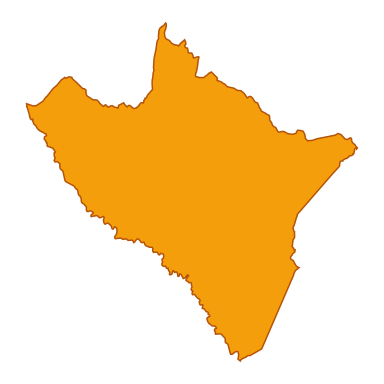 Mwenezi, Masvingo, Zimbabwe (Equal Earth projection)
{"feature_id": "62879985B12430304395671", "entity_name": "Mwenezi", "entity_type": "district", "adm_level": 2, "iso_a3": "ZWE", "parent_name": "Zimbabwe", "parent_adm1": "Masvingo", "projection": "equal_earth", "projection_center": [30.689, -21.398], "detail": "fine", "context": "isolated", "style": "filled", "palette": "amber", "viewbox_px": 384, "rotation_deg": 0, "n_neighbors": 0, "source": "geoboundaries", "source_scale": "gbopen_adm2", "svg_char_len": 5899}
<svg xmlns="http://www.w3.org/2000/svg" viewBox="0 0 384 384"><path d="M240.3,361.0L241.0,359.6L243.0,358.4L245.9,357.1L248.0,355.6L250.0,355.6L261.7,348.9L293.5,275.3L293.9,273.6L295.4,270.6L299.0,267.6L297.5,267.0L296.2,265.9L293.8,261.8L293.5,260.8L290.6,258.9L290.5,257.9L290.8,256.5L291.9,255.5L292.4,254.0L294.5,252.4L295.1,251.2L294.7,250.5L295.0,249.7L294.0,249.7L293.8,248.6L292.2,246.5L293.1,239.7L294.1,238.4L294.7,237.0L294.4,235.4L294.7,234.8L294.4,234.1L294.6,231.9L293.7,230.7L293.0,227.8L294.2,225.1L296.5,217.4L297.2,215.9L297.3,214.4L332.9,173.4L338.9,166.9L339.6,165.7L339.8,162.8L340.5,161.2L342.8,161.0L343.4,159.9L345.3,158.7L347.1,158.3L348.1,157.2L348.7,157.1L349.5,155.8L351.4,155.6L353.1,154.6L352.9,153.9L353.8,153.5L354.6,150.6L354.4,149.7L355.0,148.5L356.1,148.1L356.4,148.8L356.6,148.3L356.9,148.6L357.4,147.8L355.8,146.5L355.4,145.4L354.7,144.4L353.7,143.8L352.6,142.7L351.9,141.4L351.5,140.0L351.6,139.0L351.1,138.1L350.2,137.8L347.6,139.4L345.4,139.3L341.0,134.6L338.0,133.5L335.1,135.2L316.8,138.8L312.7,140.3L307.6,140.8L305.5,138.5L304.7,134.1L303.1,131.2L300.1,130.4L297.5,130.3L295.9,133.4L292.3,134.3L287.6,133.6L286.6,132.9L283.8,131.5L282.2,131.4L279.3,132.1L277.8,131.6L276.1,128.1L275.2,127.2L273.7,126.6L272.6,125.4L271.6,122.7L269.7,120.0L269.6,116.5L269.3,115.7L268.8,115.1L267.1,114.5L265.2,113.1L261.3,111.1L260.7,109.4L259.5,107.7L257.9,103.6L257.2,102.7L255.8,102.4L254.8,101.7L252.7,98.3L251.2,96.8L250.2,96.4L249.4,96.5L247.2,97.9L244.1,93.3L241.0,90.8L237.2,90.3L233.9,88.2L227.6,86.8L226.2,85.8L225.0,84.2L223.2,83.5L221.9,82.3L219.4,81.1L217.3,80.7L217.0,79.9L217.4,78.5L217.3,77.9L211.4,72.0L208.8,73.3L207.1,75.1L205.2,76.3L204.1,77.5L199.2,77.6L198.5,77.1L196.3,76.9L195.8,76.5L195.5,75.8L195.6,73.8L196.4,71.9L197.4,66.8L198.3,59.6L198.9,57.7L198.9,57.0L198.1,56.7L193.5,58.0L193.3,57.6L192.9,55.3L191.9,53.3L191.2,52.9L189.1,53.2L188.3,52.6L187.8,49.2L187.3,48.0L185.9,47.9L185.2,47.3L184.7,45.5L185.9,44.1L185.6,42.0L184.6,39.8L180.6,43.3L178.6,46.0L178.1,45.3L174.9,44.9L172.7,43.9L171.2,42.8L169.5,40.6L166.0,38.8L164.9,36.9L164.4,33.3L164.6,31.6L165.8,28.4L166.3,25.8L166.2,23.7L165.6,23.0L163.9,25.3L161.7,26.6L159.8,28.4L158.9,30.8L158.4,36.9L158.6,38.7L157.4,40.6L156.7,43.7L156.1,48.7L154.1,58.3L153.5,67.3L153.9,70.5L153.1,73.2L152.9,76.8L152.2,80.1L152.1,83.8L152.5,89.4L147.6,95.1L146.2,98.1L145.0,98.2L144.7,99.7L144.2,99.9L143.8,100.5L143.9,101.7L143.4,102.9L141.2,102.7L140.7,103.1L139.6,104.3L138.1,106.6L137.0,107.2L136.9,107.7L134.4,108.5L133.5,108.4L129.8,105.4L128.5,105.5L127.1,106.9L124.8,104.7L123.7,102.8L118.7,105.3L118.1,107.9L114.5,107.1L112.3,105.7L111.0,105.8L108.1,107.2L105.7,104.8L104.5,105.3L103.9,106.2L103.3,106.4L99.8,103.4L99.0,102.1L97.2,100.2L96.1,99.9L93.2,99.9L87.0,95.9L86.6,95.3L85.9,92.2L86.1,90.3L84.5,88.8L82.7,88.6L75.9,81.9L72.4,78.9L71.8,77.3L69.0,76.8L65.9,78.2L64.6,77.4L63.9,78.2L61.2,80.0L56.9,85.3L53.2,88.4L46.8,96.5L46.0,97.0L42.9,101.3L36.1,105.7L33.0,105.9L26.6,103.7L26.8,105.6L26.6,106.1L27.5,108.4L29.6,115.6L29.5,116.5L30.0,117.3L30.4,118.9L30.8,119.0L31.2,119.7L32.8,119.3L32.7,121.4L33.5,122.4L33.6,123.6L34.3,124.6L34.8,124.8L36.3,126.5L37.3,128.5L39.1,130.3L39.5,130.3L40.2,131.1L41.1,131.2L41.6,131.9L42.4,131.9L44.8,133.7L45.7,133.7L46.1,134.0L46.5,135.7L45.0,136.5L44.4,137.2L44.3,139.4L45.6,140.6L46.3,142.8L46.7,142.7L46.9,142.9L47.2,143.8L47.1,145.7L47.9,146.6L49.1,146.7L52.0,147.9L52.8,147.9L53.1,148.9L54.0,149.6L54.3,150.6L55.5,151.8L55.2,152.5L54.1,153.0L54.3,156.4L55.2,157.6L54.1,160.5L54.6,161.0L55.0,162.0L56.7,161.6L57.6,161.9L59.8,163.7L59.9,167.6L60.3,168.8L62.9,171.1L65.0,180.7L66.0,181.8L74.0,186.0L75.5,188.3L77.5,189.9L78.5,194.5L79.0,195.4L80.1,196.0L80.3,197.1L81.3,198.2L81.1,199.3L81.5,202.1L82.3,203.2L83.8,204.0L86.3,206.8L86.4,209.9L87.0,211.4L88.5,211.5L89.7,210.9L90.7,210.8L93.3,212.5L93.0,213.5L91.3,214.7L91.0,215.4L91.1,216.6L96.5,215.6L97.7,216.0L99.1,217.5L99.9,217.8L103.4,216.5L104.2,217.4L103.4,220.2L103.9,222.6L104.6,223.9L105.6,224.1L106.8,223.2L108.2,223.2L110.9,225.6L111.4,226.5L112.0,228.6L112.6,229.1L113.2,229.1L114.8,226.8L115.8,227.2L116.8,228.7L117.0,231.4L116.4,234.3L114.7,236.7L114.8,238.0L115.3,238.7L120.7,238.0L122.8,239.3L126.1,238.9L128.1,240.4L132.0,240.1L132.7,240.6L133.8,242.6L134.9,241.7L136.9,239.0L137.8,238.8L139.7,240.3L141.3,242.6L142.5,242.6L143.8,242.1L144.2,242.6L145.0,244.8L146.0,245.8L149.4,247.2L152.3,247.4L152.8,248.5L152.7,251.1L153.5,252.4L155.5,252.1L157.0,252.2L158.0,253.3L158.4,254.5L159.2,254.9L159.7,254.8L160.5,253.4L162.8,253.8L163.7,255.0L163.6,257.5L163.2,258.4L162.2,258.8L162.1,259.3L162.1,260.6L162.6,261.6L161.9,263.9L161.9,264.8L162.2,265.5L162.9,266.0L163.9,266.4L165.5,266.3L166.1,267.0L166.5,268.3L168.2,268.3L168.4,270.3L169.8,272.1L169.4,274.2L170.0,274.9L171.7,274.3L172.4,272.7L172.6,271.2L173.2,270.7L174.8,272.5L175.7,271.9L176.7,272.1L177.7,274.2L177.7,275.9L178.1,276.4L179.2,275.9L179.7,273.8L181.1,274.4L183.3,278.6L185.4,277.6L186.8,275.6L187.6,275.0L188.4,275.1L188.6,275.8L186.4,278.7L185.9,279.9L186.0,280.5L187.3,281.2L189.2,282.8L190.1,282.5L191.3,282.9L191.5,285.1L192.0,286.6L191.2,289.1L191.3,289.9L191.5,290.4L192.5,290.7L192.9,291.3L192.1,292.8L192.2,294.2L192.6,294.7L194.4,294.4L194.8,294.7L196.2,296.6L197.9,298.4L199.3,299.1L200.1,300.4L199.9,301.1L199.2,301.8L199.7,304.2L200.3,305.0L202.2,304.7L202.8,304.9L202.3,308.5L204.1,308.7L206.2,311.6L207.6,312.0L208.2,312.5L208.3,313.0L208.0,314.0L209.5,315.2L209.9,316.0L209.6,316.5L208.6,316.8L207.3,317.8L206.9,318.5L207.4,320.6L208.2,322.4L209.2,323.7L210.2,324.2L212.1,326.0L214.6,325.9L216.2,327.3L216.5,328.4L215.2,328.6L214.4,329.9L214.6,331.0L215.5,332.4L215.3,333.6L215.6,334.2L220.8,333.8L225.1,338.3L225.4,342.5L227.9,344.2L230.3,353.5L230.7,354.3L232.5,354.1L235.5,351.7L237.4,351.5L238.0,351.8L238.7,354.7L238.0,359.2L240.3,361.0Z" fill="#f59e0b" stroke="#b45309" stroke-width="1.5"/></svg>